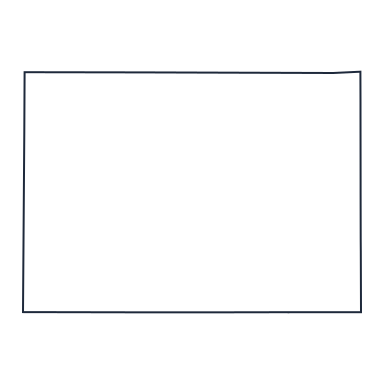 Minnehaha, South Dakota, United States of America
{"feature_id": "52423323B45663566058886", "entity_name": "Minnehaha", "entity_type": "district", "adm_level": 2, "iso_a3": "USA", "parent_name": "United States of America", "parent_adm1": "South Dakota", "projection": "orthographic", "projection_center": [-96.654, 43.675], "detail": "fine", "context": "isolated", "style": "outline", "palette": "slate", "viewbox_px": 384, "rotation_deg": 0, "n_neighbors": 0, "source": "geoboundaries", "source_scale": "gbopen_adm2", "svg_char_len": 431}
<svg xmlns="http://www.w3.org/2000/svg" viewBox="0 0 384 384"><path d="M360.4,71.7L333.2,73.0L144.1,72.4L24.6,72.2L24.3,132.0L23.0,312.1L125.3,312.3L142.7,312.3L192.3,312.3L193.6,312.3L213.7,312.3L233.8,312.3L286.9,312.2L288.2,312.3L288.2,312.2L292.0,312.2L361.0,312.2L360.8,252.5L360.8,251.7L360.7,238.4L360.7,236.7L360.6,191.9L360.6,181.8L360.5,111.7L360.5,102.2L360.4,71.7Z" fill="none" stroke="#1e293b" stroke-width="2"/></svg>